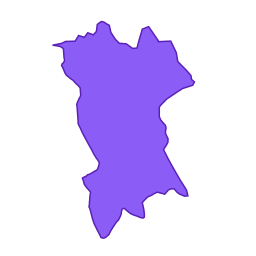 outline of Al-Hilla, Babil, Iraq, rotated 356°
{"feature_id": "34846034B12502380306420", "entity_name": "Al-Hilla", "entity_type": "district", "adm_level": 2, "iso_a3": "IRQ", "parent_name": "Iraq", "parent_adm1": "Babil", "projection": "robinson", "projection_center": [44.41, 32.357], "detail": "fine", "context": "isolated", "style": "filled", "palette": "violet", "viewbox_px": 256, "rotation_deg": 356, "n_neighbors": 0, "source": "geoboundaries", "source_scale": "gbopen_adm2", "svg_char_len": 2431}
<svg xmlns="http://www.w3.org/2000/svg" viewBox="0 0 256 256"><g transform="rotate(356 128 128)"><path d="M181.4,56.1L176.7,44.3L164.3,44.0L164.3,43.0L162.6,40.2L159.3,34.5L155.6,28.3L151.7,29.6L149.1,30.4L148.3,32.9L145.5,40.2L142.5,48.9L138.1,48.9L133.7,45.2L132.1,43.9L125.3,42.9L121.6,38.7L117.6,31.5L116.5,24.3L114.3,22.9L111.3,20.6L108.8,19.9L104.6,22.5L103.2,29.5L99.9,32.7L98.8,32.1L94.5,30.2L90.8,34.5L85.2,32.3L81.3,37.7L71.8,37.3L67.8,38.9L61.3,39.8L58.5,40.1L62.9,41.1L66.4,42.1L68.5,43.8L69.1,44.6L69.1,47.7L69.1,51.0L69.1,53.3L69.4,55.3L69.4,56.4L69.0,57.1L67.8,58.8L66.7,59.5L66.1,61.2L66.9,62.6L68.1,66.1L69.0,68.8L70.1,70.9L74.2,74.8L76.8,76.8L77.7,78.2L79.6,80.5L81.3,82.2L83.0,84.6L83.1,86.4L83.1,89.8L83.1,92.2L82.4,93.6L81.1,95.5L80.4,96.9L79.5,98.5L78.5,100.9L78.7,104.1L78.7,107.7L78.7,110.6L78.7,112.5L78.7,115.0L78.7,116.4L78.7,118.5L78.5,119.8L79.2,122.0L80.5,124.9L81.4,127.4L82.2,129.6L83.4,132.4L84.6,135.0L87.6,141.7L90.0,146.7L92.2,151.8L94.0,155.3L95.9,158.4L97.0,160.9L96.2,163.4L95.3,165.7L94.3,167.5L93.6,167.9L90.6,169.3L89.5,170.0L87.8,170.7L86.4,171.5L84.8,171.7L83.1,172.8L82.3,173.7L81.2,173.7L80.3,174.2L79.6,174.4L79.0,174.9L79.9,177.9L80.4,180.9L81.5,182.9L83.2,185.4L85.0,187.7L86.0,189.1L86.1,189.5L85.2,193.8L84.5,198.6L84.1,201.7L83.6,203.9L84.5,206.5L85.6,212.6L86.3,216.3L87.6,221.3L88.8,224.1L90.4,228.1L91.7,231.0L92.2,232.4L92.3,232.5L92.9,233.9L93.4,235.4L95.3,236.1L96.7,236.1L98.1,235.5L101.4,233.1L103.2,230.0L106.0,226.0L108.4,222.9L110.4,220.5L111.4,219.8L112.4,218.7L114.1,215.7L115.1,213.6L115.8,210.5L116.4,208.6L117.7,208.0L118.6,207.9L122.5,211.7L124.5,213.5L127.8,215.3L131.0,216.6L134.0,218.1L136.0,218.8L136.8,218.9L138.0,218.1L138.2,217.3L138.3,214.7L138.1,210.5L137.6,207.0L137.4,205.5L137.0,203.8L137.3,203.2L139.2,201.3L141.2,199.5L142.2,198.6L144.2,197.6L146.7,196.8L149.1,195.5L151.4,194.5L153.1,194.1L155.7,195.1L158.0,195.8L160.0,196.6L164.0,192.6L166.8,191.7L169.8,191.9L172.3,195.4L174.8,197.5L179.6,199.9L183.0,199.9L182.1,194.4L181.0,192.0L176.4,183.5L170.9,172.3L165.8,161.3L161.9,152.0L165.0,147.9L166.8,145.1L167.2,141.5L165.1,136.3L165.1,134.1L166.0,130.7L165.5,128.0L161.1,122.2L160.0,118.7L160.3,114.7L160.5,111.8L160.8,109.1L162.5,107.3L168.5,101.9L171.8,100.0L179.2,95.7L185.2,92.4L195.5,89.9L197.5,86.7L195.2,84.4L194.8,84.1L194.5,80.2L193.0,78.1L190.2,74.4L182.3,65.2L181.4,56.1Z" fill="#8b5cf6" stroke="#5b21b6" stroke-width="1.5"/></g></svg>